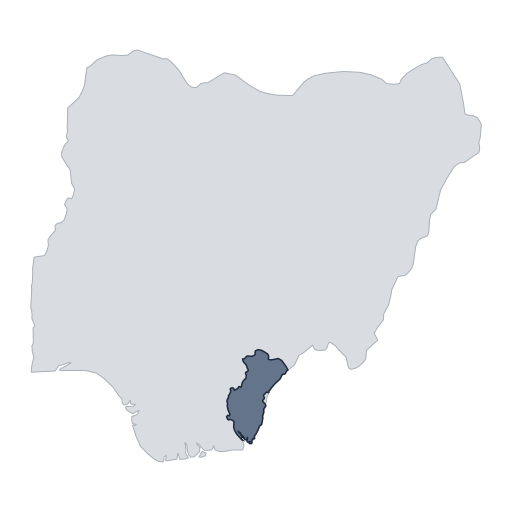 Nigeria, with Cross River highlighted
{"feature_id": "NGA-2847", "entity_name": "Cross River", "entity_type": "State", "adm_level": 1, "iso_a3": "NGA", "parent_name": "Nigeria", "parent_adm1": "", "projection": "robinson", "projection_center": [8.541, 5.798], "detail": "fine", "context": "in_parent", "style": "filled", "palette": "slate", "viewbox_px": 512, "rotation_deg": 0, "n_neighbors": 0, "source": "natural_earth", "source_scale": "10m", "svg_char_len": 6374}
<svg xmlns="http://www.w3.org/2000/svg" viewBox="0 0 512 512"><path d="M442.5,57.2L459.8,84.1L463.6,104.1L465.0,113.9L467.9,115.1L473.2,115.7L477.2,117.6L479.5,120.9L481.0,123.9L481.3,125.8L480.2,137.7L478.9,142.1L479.7,148.0L479.5,150.5L478.9,152.2L476.5,154.2L473.3,156.1L465.5,161.8L463.3,162.7L460.0,162.8L457.2,164.3L453.8,167.3L446.6,178.8L440.5,190.3L436.0,208.9L430.6,214.7L429.6,219.9L428.8,231.5L427.9,235.0L427.1,236.1L421.2,238.3L417.8,240.9L415.8,246.2L413.2,264.1L412.3,267.0L410.4,270.1L407.4,273.5L404.8,275.4L398.0,276.6L391.6,290.0L391.5,292.4L388.7,304.6L383.8,313.8L383.4,319.8L377.3,327.9L374.1,333.4L377.4,339.2L377.6,340.1L367.0,349.9L366.4,351.3L365.9,358.1L365.1,359.9L363.1,362.4L360.3,365.1L357.4,367.2L354.1,368.7L350.9,369.2L349.1,368.4L348.1,366.3L346.3,358.1L345.4,356.3L343.3,354.7L335.1,345.6L330.2,342.4L329.1,342.6L328.3,343.5L326.9,348.1L325.5,349.8L322.9,350.3L318.3,350.4L315.0,349.7L314.3,348.8L312.7,345.2L302.5,353.5L298.9,355.4L294.4,365.2L288.0,370.0L283.5,374.3L271.7,387.6L269.3,391.6L267.0,397.4L261.9,422.5L253.7,438.1L252.6,441.5L252.2,441.4L251.1,442.8L247.9,441.9L246.5,439.0L244.5,438.5L241.1,434.2L240.4,434.9L244.0,445.7L242.7,449.9L232.6,450.0L224.0,451.5L218.1,451.3L215.1,449.8L213.8,445.8L213.3,446.2L213.0,448.3L211.1,450.1L204.5,450.4L201.5,447.6L199.1,444.5L196.6,443.1L197.0,444.4L199.9,447.5L199.5,451.8L194.2,456.8L190.8,457.1L188.7,455.0L187.6,451.4L187.0,446.2L185.6,442.8L184.9,442.8L185.8,448.4L185.8,453.7L188.4,457.9L184.5,459.1L179.8,459.3L179.2,457.8L178.6,454.3L177.8,453.5L176.8,459.2L167.2,460.8L165.8,460.6L165.5,459.5L166.2,457.9L166.1,455.3L163.9,457.3L163.6,461.3L162.4,462.0L158.7,461.4L154.7,459.4L148.2,454.3L140.2,446.1L138.9,442.4L136.6,437.9L132.5,425.4L133.2,424.8L135.1,425.5L136.0,424.4L132.7,423.5L132.0,422.6L131.8,419.8L131.9,416.5L136.9,414.7L138.1,412.7L138.8,410.6L132.6,413.7L126.8,410.2L125.5,408.0L126.2,406.4L132.9,406.3L135.3,404.7L133.8,404.1L131.3,404.2L130.3,403.1L130.4,400.6L129.6,401.1L128.5,403.4L124.5,405.1L122.3,403.4L122.0,399.7L121.5,398.0L119.6,396.7L112.8,386.9L104.2,378.7L96.5,373.1L85.0,370.4L60.8,370.5L59.5,369.7L60.9,368.4L63.1,367.5L70.9,363.0L69.5,362.4L61.5,365.2L58.7,365.5L55.1,371.0L31.3,372.2L31.3,369.7L32.4,362.4L33.9,357.5L32.3,351.4L31.9,345.9L32.9,344.2L33.3,342.2L33.1,328.1L34.4,326.1L34.4,324.6L31.9,318.6L32.0,314.0L31.5,309.6L30.7,307.6L31.7,290.4L31.4,286.2L32.2,283.2L32.7,275.8L32.6,268.6L34.2,257.1L44.4,255.6L46.9,251.1L48.4,245.5L47.9,239.8L51.3,234.9L55.3,230.6L55.1,225.8L56.2,224.3L58.1,223.2L60.9,222.7L63.9,220.3L65.6,216.1L67.3,209.4L64.7,204.8L64.8,203.7L65.8,201.2L67.4,198.7L68.6,197.9L71.6,198.6L72.5,197.6L74.5,190.2L74.3,188.2L71.6,183.3L70.1,169.9L69.3,168.2L67.2,165.8L61.6,156.4L61.7,151.9L64.1,146.2L65.7,143.5L67.9,141.9L68.3,140.6L67.7,139.0L66.6,137.8L66.4,135.3L67.5,131.7L67.2,127.8L67.8,107.7L72.4,103.7L79.2,97.2L82.6,90.3L84.5,85.1L86.8,67.8L90.4,66.0L97.1,59.7L106.3,56.0L112.3,54.9L122.7,55.6L128.0,55.0L132.5,51.6L134.6,50.6L137.4,50.0L163.4,59.0L165.8,58.6L167.8,59.2L171.0,61.6L178.7,69.9L186.7,82.9L189.2,85.6L191.7,87.1L194.3,87.7L196.2,87.5L198.1,86.2L200.6,83.8L204.4,82.7L207.5,82.9L223.8,73.0L225.3,72.9L235.3,75.0L248.9,84.9L259.9,91.4L267.7,93.6L276.9,95.2L292.5,95.6L304.3,81.7L308.6,78.6L313.9,75.9L324.8,73.3L343.0,71.5L360.0,72.3L370.6,74.7L381.8,79.3L386.6,83.6L394.2,84.3L399.6,83.5L401.4,79.2L406.8,73.5L414.9,68.2L421.6,64.5L427.0,62.9L431.9,58.7L435.8,57.4L442.5,57.2ZM205.1,455.9L201.4,457.2L199.0,456.9L202.3,451.2L204.0,452.5L206.1,453.0L205.1,455.9Z" fill="#d9dde1" stroke="#a8b0b8" stroke-width="1"/><path d="M287.9,370.1L287.7,370.2L286.6,371.0L285.4,373.5L284.4,374.2L283.8,374.2L283.3,374.2L282.8,374.2L282.3,374.5L281.8,375.2L280.7,377.8L279.8,379.3L274.6,384.1L271.1,388.2L270.3,389.5L269.8,390.1L269.2,390.4L269.0,390.7L268.9,391.9L268.8,392.5L268.1,392.6L267.3,392.3L266.5,392.1L265.8,392.8L265.3,393.6L264.0,394.6L263.6,395.3L263.6,396.1L264.0,396.8L264.4,397.6L264.2,398.7L263.5,399.6L262.9,400.1L262.6,400.8L263.1,401.8L263.8,402.7L264.7,403.4L265.4,404.3L265.8,405.4L265.6,406.4L265.0,407.3L264.3,408.1L263.8,408.9L263.5,409.8L263.6,410.7L263.7,411.5L263.7,412.4L263.5,413.4L262.7,415.2L262.4,416.2L262.5,416.8L262.8,417.8L262.8,418.3L261.8,424.1L261.5,424.7L261.1,424.9L260.7,424.9L260.3,425.2L259.9,425.6L259.2,426.9L258.9,427.5L258.4,429.3L258.0,430.2L257.5,431.1L256.0,433.8L255.7,434.5L254.7,435.4L254.4,436.1L254.5,437.0L254.6,437.6L254.7,438.2L254.1,438.9L254.0,438.7L253.7,438.5L253.4,438.4L253.1,438.5L252.7,438.9L252.4,439.4L252.2,439.7L252.1,440.1L251.8,440.9L251.7,441.3L251.7,441.8L252.0,442.4L252.0,442.8L251.6,443.5L251.2,443.7L250.7,443.6L250.1,443.4L249.9,443.4L249.6,443.5L249.3,443.3L249.5,442.9L249.6,442.6L249.8,442.2L249.9,441.8L249.7,441.6L249.4,441.7L248.7,442.1L248.2,442.2L247.1,441.7L247.0,440.5L247.4,439.0L247.5,437.5L247.3,437.5L247.1,439.0L246.2,439.7L245.1,439.7L244.1,438.6L244.3,438.5L244.4,438.1L244.1,438.0L243.4,437.5L243.6,436.9L243.2,436.4L242.2,435.6L241.3,435.0L241.0,434.3L240.6,433.3L240.4,432.9L239.9,432.8L239.5,432.6L239.0,432.1L238.6,431.6L238.4,431.3L238.2,431.3L238.2,431.6L240.3,433.8L240.8,434.5L241.8,436.6L241.9,437.6L241.3,438.1L241.6,438.7L241.9,439.3L242.4,439.9L242.7,440.1L242.9,440.3L242.4,440.2L241.0,439.0L236.5,433.8L235.2,431.6L234.2,429.4L233.7,427.0L233.9,421.8L233.3,421.0L231.6,419.8L230.6,419.5L228.4,419.9L227.7,419.3L227.2,418.5L226.6,416.6L227.7,415.3L229.5,415.7L229.9,414.1L228.1,410.2L227.2,405.7L227.6,403.3L226.9,401.3L227.1,400.2L227.4,399.2L228.0,398.4L228.5,397.6L228.4,396.6L228.5,395.6L229.0,395.0L230.3,392.7L230.8,390.8L230.2,389.4L230.6,388.3L232.1,387.8L233.6,388.2L234.3,390.2L235.3,390.1L236.0,389.4L237.7,388.5L238.3,387.6L238.8,386.7L239.8,386.7L240.9,387.3L241.5,386.1L242.2,382.9L242.9,381.6L243.8,380.3L246.0,377.9L246.3,375.0L245.5,373.7L245.8,372.3L248.2,370.8L248.1,369.4L247.3,368.3L246.9,367.1L246.7,365.8L246.0,365.0L245.9,364.5L245.6,364.1L245.1,363.7L244.6,363.3L243.2,361.4L242.6,359.0L243.9,358.9L245.0,358.2L246.0,356.9L247.1,356.0L248.6,356.0L250.1,356.3L251.8,356.2L253.4,355.8L254.7,355.0L255.3,353.8L255.0,352.2L255.5,350.8L257.9,349.7L260.5,350.0L263.2,351.1L267.8,354.1L268.7,356.3L268.3,358.9L269.1,359.6L270.1,359.8L272.2,359.8L278.2,358.5L281.6,360.4L286.1,366.5L287.2,368.7L287.9,370.1L287.9,370.1Z" fill="#64748b" stroke="#1e293b" stroke-width="1.5"/></svg>